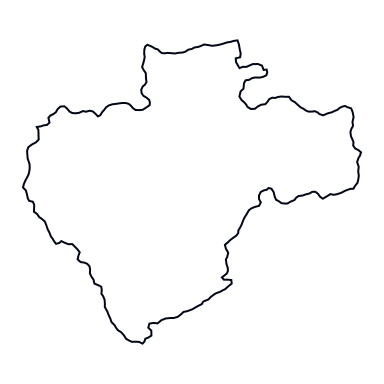 Malacacheta, Minas Gerais, Brazil (orthographic projection)
{"feature_id": "56859067B170953880519", "entity_name": "Malacacheta", "entity_type": "district", "adm_level": 2, "iso_a3": "BRA", "parent_name": "Brazil", "parent_adm1": "Minas Gerais", "projection": "orthographic", "projection_center": [-42.098, -17.856], "detail": "fine", "context": "isolated", "style": "outline", "palette": "ink", "viewbox_px": 384, "rotation_deg": 0, "n_neighbors": 0, "source": "geoboundaries", "source_scale": "gbopen_adm2", "svg_char_len": 4236}
<svg xmlns="http://www.w3.org/2000/svg" viewBox="0 0 384 384"><path d="M142.5,343.6L144.4,341.6L145.3,338.8L148.4,337.5L151.4,335.6L151.3,330.6L148.3,327.7L149.4,323.6L153.9,322.9L157.5,323.4L161.5,320.1L165.6,318.5L170.2,318.0L173.7,318.0L177.6,316.9L180.6,314.7L183.6,311.9L187.2,311.2L192.3,309.3L195.0,307.7L198.4,305.8L201.7,304.2L203.3,301.5L205.8,300.5L208.5,299.4L210.8,296.9L213.9,294.6L216.3,293.1L219.5,292.1L222.2,290.6L225.2,289.1L228.2,286.4L231.7,283.6L231.3,280.0L227.9,279.7L223.9,279.7L221.9,277.4L224.5,275.4L226.8,273.5L227.9,271.0L227.8,268.0L226.5,264.1L225.9,259.7L227.2,256.9L228.2,252.7L225.9,248.7L224.9,244.8L227.8,242.4L230.5,239.8L233.9,237.3L236.4,235.6L238.2,233.1L238.4,230.3L240.2,227.4L241.6,224.6L242.9,221.1L244.3,217.9L246.7,214.1L248.9,210.2L251.7,208.2L255.3,206.8L259.1,205.8L260.8,202.4L259.0,199.0L259.0,195.5L260.7,192.0L263.8,190.4L266.6,189.8L268.6,188.0L271.4,188.7L273.7,192.2L274.8,196.9L276.1,199.8L278.8,201.2L281.5,203.2L284.5,203.5L287.4,203.5L290.9,201.5L294.4,200.1L296.2,197.7L298.6,196.0L302.8,195.5L305.4,194.5L309.7,193.4L312.2,191.8L315.4,191.8L318.1,193.9L319.9,196.6L322.8,198.7L325.6,197.1L328.1,195.6L330.4,194.1L333.7,194.8L337.0,194.2L341.0,192.9L345.5,190.6L350.1,188.9L353.5,188.7L355.0,185.9L357.4,183.0L358.2,179.9L358.8,175.8L358.2,171.4L358.7,166.8L357.1,162.0L358.5,158.0L360.1,155.4L361.0,152.3L358.5,150.2L355.1,148.4L353.2,145.6L353.5,142.2L352.5,139.6L351.0,136.4L350.4,131.9L351.5,128.6L353.0,126.0L352.5,121.8L353.6,117.1L352.7,112.3L351.2,108.4L347.7,107.3L345.2,106.0L342.3,106.6L339.5,108.0L337.5,109.8L334.7,110.9L331.8,112.3L327.9,113.3L323.2,115.3L319.6,114.1L317.5,112.4L314.8,111.2L311.9,111.6L308.5,111.6L305.8,110.5L303.5,108.8L300.7,107.4L298.3,105.3L294.9,102.2L291.4,100.2L289.0,96.8L285.4,96.8L281.4,96.5L277.8,97.0L275.2,98.0L272.3,97.7L269.3,99.1L267.4,101.9L265.3,104.2L261.2,104.7L257.9,106.4L254.9,108.8L250.9,109.0L247.6,107.0L246.1,104.5L244.3,102.4L241.6,100.1L239.4,96.5L240.6,91.4L243.5,88.7L244.0,83.2L245.6,80.3L249.3,79.8L251.7,78.3L254.8,77.5L259.8,77.6L263.0,76.9L266.3,75.3L267.3,72.4L266.6,69.6L263.6,69.9L262.0,65.6L257.9,64.0L252.7,64.1L249.5,65.5L246.3,66.9L242.8,66.8L239.5,68.1L238.1,65.7L235.9,61.9L235.8,58.3L240.1,57.3L240.7,53.5L239.8,49.7L238.9,44.4L237.5,40.4L233.8,40.9L230.2,42.0L227.5,42.3L224.4,43.3L220.7,44.4L216.5,45.3L212.0,45.8L208.4,45.1L204.1,44.5L201.2,45.8L198.4,46.9L194.4,47.5L191.7,49.0L188.2,49.7L185.5,51.6L182.8,52.5L178.6,52.8L174.8,53.5L170.6,53.1L167.4,52.9L164.5,53.3L161.8,53.1L159.7,51.4L157.8,49.4L155.2,48.7L152.7,47.1L150.3,45.9L147.3,44.8L145.2,46.6L144.3,49.8L144.2,53.7L144.7,57.1L143.9,61.0L143.0,64.2L142.1,67.0L143.6,70.0L145.8,73.2L146.0,78.4L146.5,82.1L144.9,84.7L142.7,86.5L141.2,89.9L141.7,93.4L143.4,95.8L146.4,97.6L149.1,99.8L149.9,102.4L149.6,105.2L146.1,107.6L142.9,109.7L139.8,110.1L135.6,110.0L132.8,108.0L130.8,105.6L128.8,103.9L125.7,103.0L121.9,103.0L119.1,103.4L115.8,103.9L112.3,104.3L108.7,105.5L106.1,107.3L104.2,109.9L102.2,112.1L100.3,115.2L97.9,116.4L95.6,113.9L92.8,111.4L89.6,110.7L86.1,111.7L82.8,111.1L79.2,112.8L75.6,113.3L72.1,113.0L69.5,111.5L66.9,108.4L64.4,106.3L60.3,106.6L57.6,109.2L55.8,112.3L53.2,114.2L50.4,115.5L48.4,117.8L49.5,122.6L47.0,124.9L43.6,125.4L41.0,126.3L36.8,127.0L38.3,129.7L38.5,132.5L38.5,135.5L38.7,139.5L35.9,142.4L31.9,144.5L28.3,147.2L27.1,150.9L27.3,154.5L27.7,158.7L28.8,161.8L29.6,164.6L29.7,168.1L29.2,171.9L28.5,174.6L27.2,177.2L25.5,180.3L24.0,183.7L23.0,187.5L25.9,190.5L27.0,194.5L27.8,198.4L29.2,200.9L32.8,201.7L34.2,204.7L34.1,208.3L33.9,211.7L37.1,214.0L39.1,217.0L42.1,219.1L44.9,221.6L46.3,225.2L47.7,229.3L49.5,232.8L50.8,236.3L52.6,238.7L54.2,241.4L56.0,243.8L59.2,243.0L61.3,241.1L64.5,242.7L68.4,244.2L72.3,244.1L74.8,246.6L77.6,249.5L79.7,252.3L78.4,255.8L77.6,259.3L80.6,262.1L84.3,262.6L87.2,263.8L89.5,266.3L90.1,269.5L89.9,273.4L91.6,276.9L93.5,279.6L94.4,283.6L98.5,285.3L101.2,286.7L101.8,290.0L101.4,293.6L103.2,296.3L104.6,299.8L104.9,303.9L104.8,307.0L106.4,309.8L107.6,312.2L108.7,315.2L110.2,318.3L111.5,322.1L114.6,325.2L116.3,328.2L118.0,330.3L121.1,332.2L124.0,335.4L126.1,338.8L128.6,340.3L131.7,341.8L135.5,341.7L139.1,341.9L142.5,343.6Z" fill="none" stroke="#020617" stroke-width="2"/></svg>